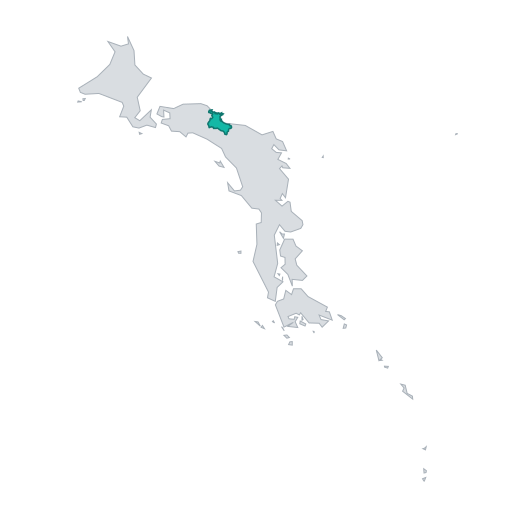 where Miyagi sits in Japan, rotated 278°
{"feature_id": "JPN-1866", "entity_name": "Miyagi", "entity_type": "Prefecture", "adm_level": 1, "iso_a3": "JPN", "parent_name": "Japan", "parent_adm1": "", "projection": "albers", "projection_center": [141.11, 38.38], "detail": "fine", "context": "in_parent", "style": "filled", "palette": "teal", "viewbox_px": 512, "rotation_deg": 278, "n_neighbors": 0, "source": "natural_earth", "source_scale": "10m", "svg_char_len": 7071}
<svg xmlns="http://www.w3.org/2000/svg" viewBox="0 0 512 512"><g transform="rotate(278 256 256)"><path d="M382.9,138.1L390.8,140.1L390.5,153.9L396.2,162.7L399.2,180.2L398.0,186.6L392.5,193.7L391.3,201.0L385.5,202.4L383.2,206.2L383.8,227.2L376.8,245.1L381.7,255.4L374.8,259.7L373.0,266.4L364.4,271.7L364.3,264.0L368.8,258.2L364.5,256.6L361.4,261.6L361.7,266.9L354.7,264.2L351.8,273.0L347.5,277.4L347.1,270.2L348.8,269.2L345.8,267.1L336.6,277.5L317.8,277.1L321.5,273.4L316.3,271.9L314.7,273.9L313.9,267.4L309.0,274.8L314.6,280.0L314.0,282.2L305.1,284.7L297.4,296.8L293.6,298.1L289.6,296.5L284.6,287.0L284.5,281.3L290.3,274.9L279.2,271.2L251.7,278.5L237.9,276.8L234.2,286.3L227.8,281.3L213.8,281.4L216.2,273.2L222.0,273.4L250.2,253.8L267.7,255.3L287.7,251.8L289.9,256.5L299.5,255.4L302.9,252.3L302.8,245.2L313.8,233.1L316.7,220.2L324.6,217.7L317.4,225.6L319.0,231.4L322.7,233.2L340.4,224.4L349.9,212.0L357.7,207.0L364.9,191.2L369.2,176.2L368.2,171.5L364.2,170.1L368.5,163.2L367.9,154.9L372.8,151.4L374.5,143.6L378.2,144.3L380.0,151.8L385.7,150.7L387.6,144.2L380.8,145.5L380.9,143.2L382.9,138.1ZM425.4,84.6L438.6,88.0L447.8,79.5L445.0,93.1L448.3,100.2L455.5,98.2L442.4,106.6L428.3,109.5L420.4,119.1L417.7,127.7L396.7,116.3L383.7,121.1L376.1,116.7L373.8,122.1L386.2,132.0L378.7,131.8L372.8,139.0L369.2,138.6L370.4,129.7L366.4,122.3L366.8,116.1L375.5,108.7L374.9,101.6L386.0,104.2L389.5,102.1L395.1,77.8L392.4,64.2L393.6,59.3L397.5,57.1L411.4,73.8L425.4,84.6ZM217.3,289.4L226.1,290.3L222.7,296.6L228.8,297.7L229.8,305.3L223.1,313.1L215.3,333.8L210.8,332.7L210.9,336.4L203.1,340.4L206.3,326.7L202.1,329.2L201.8,336.9L194.7,331.4L198.2,327.9L197.1,317.9L206.0,308.1L203.7,307.1L204.9,303.7L200.5,296.1L198.4,297.4L198.6,302.6L201.2,302.8L201.1,305.9L196.4,303.9L191.0,307.3L190.7,297.3L195.5,302.2L189.5,293.6L210.3,282.0L214.1,283.5L217.3,289.4ZM265.3,278.7L276.7,282.0L277.8,290.3L271.4,294.2L267.6,301.2L258.6,295.2L252.5,297.7L243.3,309.2L238.3,305.4L237.9,295.0L231.2,296.2L242.2,290.1L247.9,282.4L251.9,286.0L258.6,284.9L259.4,280.3L265.3,278.7ZM148.8,421.7L141.0,424.8L139.0,430.4L136.1,431.1L142.5,420.0L145.9,421.0L149.3,417.2L148.8,421.7ZM345.0,207.4L339.3,212.0L339.9,206.9L344.0,202.2L343.1,207.1L345.0,207.4ZM179.6,388.2L172.8,395.2L169.5,392.3L179.6,388.2ZM195.6,314.8L193.5,314.3L195.0,308.8L197.8,308.8L195.6,314.8ZM281.7,281.1L277.3,280.7L283.3,276.0L281.4,278.8L281.7,281.1ZM200.3,355.3L197.2,354.9L196.5,352.4L201.0,352.9L200.3,355.3ZM191.0,267.2L187.1,270.1L191.0,264.2L191.0,267.2ZM206.5,353.3L205.1,352.2L209.3,344.9L208.8,348.6L206.5,353.3ZM172.8,300.6L175.7,301.5L176.3,303.8L172.8,304.3L172.8,300.6ZM188.1,272.0L185.2,274.5L186.1,271.0L188.1,272.0ZM60.3,454.9L56.5,454.0L56.6,453.5L58.6,451.9L60.3,454.9ZM258.8,240.4L256.6,240.7L256.3,238.4L257.8,237.5L258.8,240.4ZM179.9,300.4L178.9,298.0L181.3,294.7L182.1,297.6L179.9,300.4ZM68.7,451.7L67.1,454.6L65.2,454.5L64.5,452.6L68.7,451.7ZM165.1,402.4L163.3,402.0L163.9,398.7L164.8,398.5L165.1,402.4ZM388.2,65.0L386.1,64.3L385.9,63.2L387.6,62.7L388.2,65.0ZM202.7,309.9L199.6,311.5L198.8,310.5L202.7,309.9ZM361.3,125.9L360.3,123.8L362.2,123.1L361.3,125.9ZM235.3,285.7L237.1,285.2L239.3,285.3L235.3,285.7ZM384.8,58.3L384.5,62.0L383.6,58.0L384.8,58.3ZM188.4,292.5L185.8,294.4L189.6,291.1L188.4,292.5ZM90.9,451.1L87.6,450.8L88.4,448.1L89.1,449.6L90.9,451.1ZM194.3,282.1L192.3,283.7L193.3,281.4L194.3,282.1ZM271.9,275.4L270.5,277.6L269.5,275.5L271.9,275.4ZM171.0,394.0L170.3,395.4L169.8,393.5L171.0,394.0ZM357.4,274.4L356.8,276.2L356.5,274.4L357.4,274.4ZM189.4,324.0L187.8,324.3L189.4,323.1L189.4,324.0ZM241.5,280.2L241.4,282.2L239.9,281.8L241.5,280.2ZM364.4,308.6L362.8,308.9L362.8,307.9L364.4,308.6ZM405.0,437.0L405.2,438.8L404.0,436.8L405.0,437.0Z" fill="#d9dde1" stroke="#a8b0b8" stroke-width="1"/><path d="M393.9,189.6L394.0,190.5L394.4,191.5L394.5,191.9L394.1,191.7L394.0,191.3L394.0,191.2L393.9,191.1L393.7,191.2L393.3,191.2L393.1,191.3L393.1,191.5L393.1,191.9L393.1,192.3L393.1,192.6L392.9,192.8L392.2,193.4L392.1,193.6L392.3,193.7L392.4,193.9L392.5,194.2L392.8,194.4L392.9,194.6L392.8,194.9L392.7,195.0L392.5,194.9L392.4,194.9L392.2,195.2L392.0,195.3L391.6,195.5L391.4,195.6L391.2,195.8L391.3,196.1L391.5,196.2L392.3,196.3L392.2,196.7L392.0,197.0L391.9,197.1L391.2,197.7L391.5,197.9L391.7,198.2L392.0,198.4L392.2,198.1L392.4,198.4L392.5,198.7L392.5,199.0L392.4,199.4L392.2,199.3L392.1,199.1L392.0,198.9L391.8,199.7L391.7,199.9L391.8,199.9L391.8,200.0L391.5,200.3L391.3,200.4L391.3,200.5L391.4,200.9L391.4,201.1L391.6,201.3L391.8,201.1L392.1,201.1L392.4,201.1L392.6,201.4L392.3,201.3L392.1,201.3L391.9,201.4L391.8,201.7L392.2,201.9L392.2,202.3L392.3,202.8L392.5,203.1L392.4,203.2L392.2,203.8L392.1,203.7L391.6,203.3L391.5,203.2L391.3,203.2L391.2,203.2L391.2,202.9L391.3,202.8L391.3,202.7L391.1,202.5L390.6,202.3L390.7,202.1L390.8,201.7L390.6,201.5L390.4,201.6L390.2,201.6L389.8,201.4L389.4,201.1L389.1,200.9L388.7,201.0L387.5,201.2L387.0,201.4L386.7,201.7L386.6,202.2L386.6,202.7L386.2,202.7L385.9,201.7L385.8,201.8L385.6,201.8L385.4,201.7L385.1,201.9L384.8,202.2L384.7,202.6L384.6,203.0L384.7,202.9L384.9,202.8L385.1,202.9L385.1,203.1L385.1,203.3L384.8,203.5L384.7,203.6L384.1,204.3L383.6,205.0L383.3,205.8L382.6,208.2L382.5,209.1L382.5,209.9L382.7,211.4L382.7,211.5L381.8,211.5L381.6,211.6L381.5,211.8L381.4,211.9L381.5,212.3L381.5,212.5L381.4,213.1L381.4,213.3L381.3,213.5L381.0,213.6L380.2,213.6L380.3,213.8L380.0,213.9L379.5,213.8L378.9,213.3L378.8,213.1L378.7,213.0L378.7,212.8L378.7,212.3L378.7,212.1L378.5,211.8L378.2,211.6L377.9,211.5L377.6,211.4L377.0,211.2L376.1,211.4L375.9,211.4L375.6,211.2L375.3,210.7L375.1,210.5L374.9,210.4L374.3,210.1L374.0,210.1L373.4,210.3L372.9,210.3L372.1,209.9L372.2,208.6L372.3,208.3L372.5,208.0L372.8,207.9L373.3,207.9L373.6,207.8L373.9,207.6L374.2,207.3L374.4,206.9L374.9,206.4L375.0,206.1L375.2,205.6L375.2,205.3L375.2,205.0L375.2,204.2L375.3,203.8L375.4,203.5L375.6,203.2L375.9,202.7L376.0,202.4L376.2,201.9L376.5,201.5L376.7,201.4L376.8,201.2L377.0,200.5L377.2,200.0L377.3,199.8L377.2,199.5L377.0,199.3L376.9,199.1L376.8,198.9L376.7,198.6L376.7,197.7L376.7,197.3L376.5,196.9L376.4,196.6L376.4,196.4L376.5,196.2L377.0,196.2L377.3,196.0L377.5,195.8L377.5,195.6L377.6,195.3L377.6,194.8L377.6,194.3L377.7,194.0L377.8,193.9L377.7,193.7L377.4,193.2L377.1,192.5L376.6,191.8L376.4,191.3L376.6,191.5L376.8,191.5L377.2,191.5L378.2,191.2L379.0,190.6L379.3,190.4L379.5,190.2L380.0,189.9L380.9,190.0L382.4,190.7L383.5,191.4L383.7,191.5L383.9,191.5L385.0,191.5L385.6,191.6L385.9,191.7L386.0,191.8L385.9,192.0L385.7,192.2L385.6,192.4L385.6,192.5L385.9,193.0L386.1,193.3L386.7,193.5L387.3,193.9L387.6,193.8L387.8,193.5L388.0,193.4L388.4,193.2L388.5,193.1L388.6,192.9L388.9,192.7L389.1,192.8L389.5,192.9L390.3,193.3L390.4,193.2L390.8,192.8L390.9,192.7L391.0,192.5L390.9,192.3L391.0,191.9L390.9,191.7L391.0,191.5L391.0,191.3L391.1,191.2L391.3,191.0L391.4,190.9L391.4,190.7L391.5,190.5L391.5,190.3L391.5,190.0L391.4,189.7L391.5,189.4L391.7,189.2L392.0,189.1L392.4,189.1L392.8,189.2L393.2,189.4L393.8,189.5L393.9,189.6Z" fill="#14b8a6" stroke="#0f766e" stroke-width="1.5"/></g></svg>